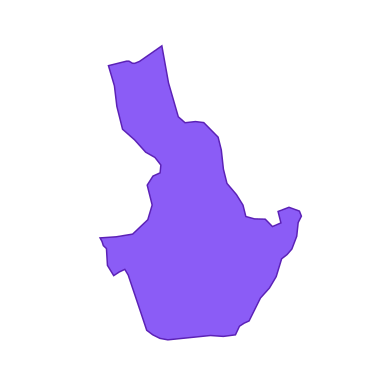 the border of Masindi, rotated 346°
{"feature_id": "UGA-3102", "entity_name": "Masindi", "entity_type": "District", "adm_level": 1, "iso_a3": "UGA", "parent_name": "Uganda", "parent_adm1": "", "projection": "robinson", "projection_center": [31.719, 1.811], "detail": "fine", "context": "isolated", "style": "filled", "palette": "violet", "viewbox_px": 384, "rotation_deg": 346, "n_neighbors": 0, "source": "natural_earth", "source_scale": "10m", "svg_char_len": 1007}
<svg xmlns="http://www.w3.org/2000/svg" viewBox="0 0 384 384"><g transform="rotate(346 192 192)"><path d="M292.3,241.9L287.6,247.4L282.9,260.3L275.1,271.5L269.1,275.7L262.8,278.5L253.2,294.5L243.9,303.9L232.8,311.4L216.2,330.9L210.8,331.9L205.6,333.7L199.6,341.1L187.5,339.7L175.2,335.7L132.8,329.6L125.5,326.3L119.3,321.0L114.6,315.2L113.4,299.5L110.0,257.1L108.1,250.8L102.1,252.0L95.8,254.2L92.2,242.8L95.3,226.2L93.0,222.6L92.7,218.2L91.7,214.3L107.4,217.1L124.2,218.5L142.4,208.2L150.2,195.0L150.2,174.5L158.0,167.1L165.7,165.7L168.3,158.3L164.4,149.5L156.7,142.2L148.9,127.5L139.8,114.3L139.8,90.8L142.4,70.2L141.5,49.2L160.0,49.2L162.5,49.8L165.4,52.7L167.6,53.3L172.6,52.6L198.1,42.9L195.6,80.5L196.9,115.7L202.0,123.1L212.4,124.5L220.2,127.5L225.4,136.3L230.6,145.1L230.6,158.3L228.0,177.4L228.0,192.1L234.5,205.3L238.3,217.1L238.3,228.8L246.1,233.2L256.5,236.1L261.7,245.0L270.8,243.5L270.8,231.7L282.4,230.3L291.6,236.5L292.3,241.9Z" fill="#8b5cf6" stroke="#5b21b6" stroke-width="1.5"/></g></svg>